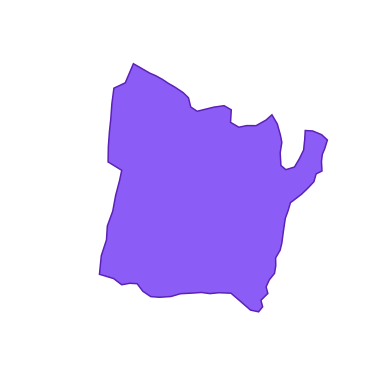 Flamoudi, Cyprus, rotated 124°
{"feature_id": "46923920B70745451588805", "entity_name": "Flamoudi", "entity_type": "district", "adm_level": 2, "iso_a3": "CYP", "parent_name": "Cyprus", "parent_adm1": "", "projection": "albers", "projection_center": [33.856, 35.393], "detail": "fine", "context": "isolated", "style": "filled", "palette": "violet", "viewbox_px": 384, "rotation_deg": 124, "n_neighbors": 0, "source": "geoboundaries", "source_scale": "gbopen_adm2", "svg_char_len": 1218}
<svg xmlns="http://www.w3.org/2000/svg" viewBox="0 0 384 384"><g transform="rotate(124 192 192)"><path d="M118.4,312.3L138.8,308.4L149.6,314.8L163.6,307.8L177.0,300.1L187.8,294.4L201.2,286.7L214.0,278.4L213.3,262.4L222.9,258.5L237.5,253.4L252.2,247.0L267.5,243.2L279.6,236.1L295.5,231.6L312.0,222.7L307.6,208.6L308.2,198.4L302.5,192.6L298.7,186.2L301.8,177.2L301.8,167.7L297.4,160.0L290.4,151.0L282.7,144.6L277.0,137.0L270.0,128.0L266.2,120.3L260.4,113.3L254.1,103.1L256.0,87.1L257.2,77.5L254.1,69.8L247.7,69.2L243.2,74.3L233.7,72.4L229.2,77.5L221.6,78.8L213.3,78.1L206.3,81.3L199.9,85.8L191.0,86.4L184.0,89.0L173.8,94.1L161.7,99.9L154.1,101.8L145.8,104.4L132.4,99.9L123.5,98.0L115.3,96.7L107.6,99.2L101.9,96.0L94.2,101.8L87.9,105.0L81.5,106.3L73.2,108.8L72.0,116.5L73.9,126.1L77.7,132.5L85.3,128.0L94.9,122.9L104.4,121.6L114.0,121.0L121.0,126.7L120.3,133.1L110.2,140.8L100.6,145.3L95.5,150.4L87.9,159.3L83.3,168.9L91.0,170.9L101.2,176.0L106.3,183.7L112.1,189.4L112.7,199.0L101.9,205.4L102.5,213.7L109.5,221.4L115.9,227.2L122.2,232.9L122.2,240.6L115.9,247.6L114.6,254.7L114.6,264.3L115.2,273.2L115.2,279.6L115.9,287.3L117.1,293.7L117.8,303.9L118.4,312.3Z" fill="#8b5cf6" stroke="#5b21b6" stroke-width="1.5"/></g></svg>